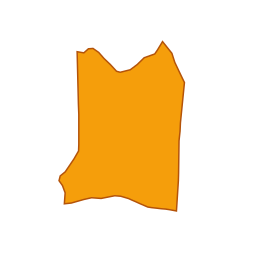 the district of Santa Maria do Cambucá, Pernambuco, Brazil, rotated 20°
{"feature_id": "56859067B44765551907851", "entity_name": "Santa Maria do Cambucá", "entity_type": "district", "adm_level": 2, "iso_a3": "BRA", "parent_name": "Brazil", "parent_adm1": "Pernambuco", "projection": "equal_earth", "projection_center": [-35.886, -7.823], "detail": "fine", "context": "isolated", "style": "filled", "palette": "amber", "viewbox_px": 256, "rotation_deg": 20, "n_neighbors": 0, "source": "geoboundaries", "source_scale": "gbopen_adm2", "svg_char_len": 777}
<svg xmlns="http://www.w3.org/2000/svg" viewBox="0 0 256 256"><g transform="rotate(20 128 128)"><path d="M54.1,73.7L73.3,122.7L77.1,132.0L87.4,160.3L89.4,166.5L87.8,175.6L84.0,190.7L80.7,196.2L81.2,201.1L86.1,204.5L91.1,210.4L94.1,221.0L100.4,217.9L110.9,210.3L117.6,206.0L126.8,203.4L138.7,196.2L144.5,194.6L152.7,194.1L156.3,194.4L159.9,194.6L165.1,195.0L173.6,195.5L177.2,194.8L182.5,193.5L186.8,192.5L191.2,191.3L195.2,190.5L201.9,189.4L193.4,160.4L191.0,153.2L180.3,122.5L178.0,113.2L175.5,105.2L165.5,66.0L156.7,57.4L149.5,50.3L143.7,42.8L137.8,39.2L130.9,35.0L129.0,44.6L127.8,49.3L119.2,56.4L114.9,65.3L110.2,72.5L101.6,78.3L97.8,78.6L89.9,74.5L81.7,70.9L74.6,67.0L67.9,65.2L63.7,67.1L60.8,72.5L54.1,73.7Z" fill="#f59e0b" stroke="#b45309" stroke-width="1.5"/></g></svg>